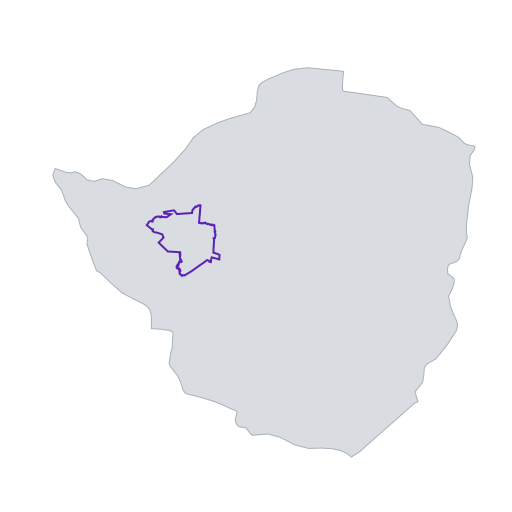 Lupane, Matabeleland North, Zimbabwe (highlighted), rotated 5°
{"feature_id": "62879985B9904230629136", "entity_name": "Lupane", "entity_type": "district", "adm_level": 2, "iso_a3": "ZWE", "parent_name": "Zimbabwe", "parent_adm1": "Matabeleland North", "projection": "orthographic", "projection_center": [27.928, -18.869], "detail": "fine", "context": "in_parent", "style": "outline", "palette": "violet", "viewbox_px": 512, "rotation_deg": 5, "n_neighbors": 0, "source": "geoboundaries", "source_scale": "gbopen_adm2", "svg_char_len": 7261}
<svg xmlns="http://www.w3.org/2000/svg" viewBox="0 0 512 512"><g transform="rotate(5 256 256)"><path d="M368.4,448.0L363.8,444.7L357.3,442.5L349.1,441.3L338.4,441.6L325.2,443.1L311.1,440.8L296.1,434.6L283.5,432.3L268.5,434.8L267.8,434.9L265.3,432.8L261.2,428.3L254.4,427.5L252.5,426.5L251.0,424.8L250.0,422.7L249.6,420.3L250.8,413.1L250.2,412.3L248.4,411.4L244.6,410.5L235.6,407.1L224.3,403.9L205.8,400.3L198.6,399.4L197.0,398.3L194.9,395.6L191.4,387.3L188.0,381.8L180.0,373.2L178.8,370.6L179.2,363.8L179.7,358.4L180.6,353.7L180.2,349.4L180.1,344.0L180.3,340.4L179.2,338.8L176.3,337.7L168.1,337.2L158.1,337.5L157.7,332.0L156.7,323.5L154.8,318.6L152.5,316.1L147.9,313.5L138.6,309.9L125.8,304.4L114.9,296.4L102.4,286.3L98.4,284.6L93.7,275.1L86.5,258.8L86.9,253.4L85.8,250.7L78.9,242.8L77.4,238.6L76.1,234.4L65.1,222.8L61.3,217.7L58.4,211.2L55.5,206.0L53.1,203.9L49.9,200.3L47.7,196.3L46.7,193.2L47.4,189.1L48.4,186.3L58.9,189.1L64.6,189.3L69.0,187.8L74.5,189.6L81.1,194.9L88.3,195.8L96.0,192.4L106.5,193.3L119.7,198.5L130.6,199.5L143.5,194.7L155.1,181.6L166.0,169.3L176.7,155.1L183.2,143.7L192.7,134.4L205.2,127.2L218.1,121.2L237.7,113.8L241.6,107.8L243.0,101.1L243.0,91.8L244.1,85.8L246.1,83.1L249.4,81.0L253.6,78.2L266.6,71.3L277.5,66.8L290.8,64.0L305.2,64.1L319.2,64.3L327.1,64.4L327.1,73.3L327.6,83.3L329.2,84.3L339.6,84.7L356.4,85.7L372.6,86.6L382.8,94.1L386.2,95.7L396.9,97.9L410.4,110.4L426.8,111.9L438.0,116.0L447.9,120.4L453.5,125.5L457.2,126.8L462.2,127.3L464.6,127.8L464.0,131.4L460.5,137.4L460.7,146.2L465.0,158.4L465.3,168.9L463.4,187.5L463.0,205.5L463.3,211.9L463.9,216.2L464.8,218.5L464.6,221.2L461.7,228.7L459.3,236.5L459.1,239.7L458.2,241.9L456.5,243.9L449.3,247.4L448.1,249.6L448.0,253.7L448.8,257.2L451.4,258.5L454.6,260.6L455.7,263.2L455.7,265.9L454.5,270.9L451.4,279.2L454.0,288.9L457.0,295.2L461.2,302.5L462.8,307.0L462.6,310.2L461.9,313.3L455.0,326.3L450.0,334.3L444.0,342.9L436.3,348.2L434.3,350.8L433.4,353.8L433.5,360.4L433.0,367.2L426.2,377.6L430.0,386.8L429.0,387.6L426.8,388.9L417.2,398.8L407.6,409.0L400.5,416.4L392.5,424.8L383.6,434.2L376.0,442.3L368.4,448.0Z" fill="#d9dde1" stroke="#a8b0b8" stroke-width="1"/><path d="M154.5,225.3L154.0,225.4L153.5,225.7L153.3,225.8L152.9,226.0L152.7,225.8L152.3,226.0L152.1,226.6L151.5,226.9L151.4,227.1L151.3,227.3L151.0,227.6L150.5,228.1L150.5,228.4L150.5,228.6L150.4,228.7L150.1,228.7L149.9,229.0L149.8,229.4L150.0,229.7L150.1,229.9L150.1,230.0L149.9,230.2L149.9,230.5L149.6,230.4L149.5,230.5L149.3,230.4L149.2,230.5L148.9,230.3L148.7,230.5L148.5,230.4L148.3,230.4L148.1,230.4L146.6,231.0L144.5,234.8L150.2,238.6L151.1,238.5L150.9,240.2L152.4,241.1L155.7,241.4L158.2,242.0L160.7,242.6L162.3,245.7L157.9,251.2L167.8,259.2L170.8,259.1L174.2,259.0L180.7,258.8L180.4,258.9L180.4,259.2L180.3,259.3L180.2,259.2L180.0,259.6L179.9,259.7L179.9,259.4L179.5,259.3L179.3,259.4L179.3,259.5L179.9,260.1L180.0,260.3L180.1,260.6L180.0,260.8L180.5,261.0L180.5,261.9L180.5,262.2L180.1,262.7L180.1,262.8L180.4,262.9L180.4,263.1L180.2,263.3L180.4,263.8L180.4,264.2L180.6,265.0L181.0,265.3L181.1,265.6L181.1,265.8L180.9,266.0L181.0,266.1L181.5,266.3L181.6,266.8L182.0,267.2L182.1,267.5L182.4,267.8L182.5,267.9L182.4,268.2L182.3,268.4L181.8,268.1L181.4,268.0L181.2,268.0L180.8,268.2L180.7,267.8L180.4,267.8L180.1,268.1L180.1,268.4L180.4,268.9L180.3,269.2L180.3,269.4L180.0,269.8L179.8,269.7L179.6,269.7L179.5,270.1L179.7,270.4L179.7,270.5L179.4,270.5L179.3,271.2L179.4,271.5L179.1,271.5L178.9,271.4L178.7,271.5L178.6,271.9L178.8,271.8L179.0,271.8L179.1,272.0L178.9,272.2L178.8,272.3L178.6,272.2L178.6,272.3L178.5,272.6L178.8,272.5L179.0,272.6L179.1,272.9L179.0,273.0L178.9,273.0L178.4,272.8L178.3,272.5L178.2,272.6L178.0,272.9L178.4,273.3L178.6,273.4L178.7,273.6L178.6,273.8L178.4,273.9L178.2,273.9L177.9,273.8L177.8,274.0L178.0,274.3L178.3,274.3L178.4,274.5L178.2,274.8L178.3,275.0L178.9,274.9L179.1,275.1L179.3,275.4L179.5,275.5L179.7,275.4L179.9,275.0L180.0,275.0L180.3,275.0L180.1,275.6L179.9,275.7L179.9,275.8L180.1,276.0L180.5,275.8L180.8,275.8L181.2,276.1L181.6,276.2L181.7,276.3L181.8,276.5L181.7,276.6L181.4,276.5L181.2,276.5L181.2,276.9L181.1,277.1L181.1,277.3L181.1,277.5L181.4,277.6L181.7,277.8L181.5,278.0L181.2,277.9L181.1,278.0L181.1,278.6L181.3,279.0L181.5,279.2L181.6,279.4L181.6,279.5L181.4,279.8L181.4,280.1L181.4,280.3L181.5,280.4L181.9,280.4L182.0,280.5L182.4,281.1L182.6,281.2L182.9,281.2L183.0,281.3L183.2,281.7L183.3,281.8L183.5,281.8L183.8,281.7L184.0,281.6L184.2,282.0L184.3,281.9L184.4,282.0L184.5,282.0L184.9,281.8L185.1,281.6L185.4,281.6L185.5,281.5L185.9,281.4L186.1,281.3L186.3,281.5L186.5,281.6L192.9,276.9L196.2,274.1L199.9,270.9L203.5,268.0L207.7,264.3L210.2,265.1L210.1,265.8L211.5,266.1L211.6,265.2L211.6,263.7L212.0,261.2L219.7,262.6L219.6,261.0L219.6,258.1L218.9,257.8L218.6,257.7L218.3,257.6L217.9,257.6L217.5,257.3L217.2,257.3L217.0,257.2L216.9,257.1L215.9,257.1L215.6,256.9L215.3,256.7L214.8,256.6L214.4,256.6L214.0,256.5L213.8,256.4L213.3,256.5L213.2,256.4L213.2,255.8L213.2,254.2L213.1,253.5L212.9,246.1L212.9,243.6L212.6,243.0L212.5,242.2L212.4,242.1L212.8,242.0L213.1,241.9L213.2,241.7L213.4,241.7L213.6,240.9L213.5,240.2L213.6,239.9L213.6,239.7L213.8,239.5L213.9,239.1L213.7,238.8L213.7,238.5L213.5,238.3L213.5,238.1L213.7,237.4L212.9,236.1L212.8,235.8L212.7,235.5L212.9,235.4L213.2,235.2L213.3,235.0L213.3,234.8L213.0,234.5L212.8,234.4L212.7,234.3L212.4,232.5L212.1,230.8L212.0,230.6L211.9,229.4L211.9,229.1L211.7,228.9L211.6,229.0L211.4,228.9L211.2,229.0L210.9,229.0L210.2,228.7L210.2,228.8L209.9,228.9L209.6,229.0L209.5,228.9L209.4,229.1L209.2,229.0L209.0,228.9L208.8,228.9L208.7,229.0L208.5,228.9L208.4,229.0L208.2,229.0L208.0,228.9L207.8,228.7L207.6,228.7L207.4,228.5L207.2,228.5L206.9,228.7L206.5,228.5L206.3,228.4L205.9,228.2L205.6,228.3L205.3,228.3L205.2,228.2L204.9,228.3L204.7,228.5L204.4,228.5L204.0,228.0L203.7,228.0L203.5,227.8L203.4,227.9L203.2,227.8L202.8,227.8L202.6,227.5L202.4,227.6L202.3,227.4L202.1,227.6L201.9,227.5L201.7,227.5L201.1,227.6L200.9,227.6L200.5,227.9L200.3,228.2L200.1,228.3L199.8,228.2L199.7,228.0L199.5,227.9L199.0,228.0L198.9,227.9L198.8,228.0L198.6,227.9L198.4,228.0L198.2,228.0L197.9,228.2L197.6,228.2L197.1,228.0L196.9,228.0L196.3,227.9L196.3,227.4L196.3,227.2L196.3,226.5L196.4,226.3L196.4,225.2L196.4,224.2L196.3,223.2L196.3,222.7L196.3,221.2L196.4,220.9L196.3,220.3L196.4,220.2L196.3,218.3L196.4,217.5L196.4,216.8L196.3,216.7L196.3,216.1L196.3,210.4L196.2,210.4L196.0,210.5L195.6,210.4L195.4,210.6L194.9,210.5L194.7,210.6L194.4,210.6L194.0,210.7L193.8,210.8L193.7,211.0L193.7,211.3L193.3,211.4L193.1,211.5L193.0,211.8L192.6,212.0L192.4,212.2L192.2,212.2L192.2,212.3L191.9,212.4L191.7,212.3L191.6,212.2L191.4,212.4L191.3,212.5L191.3,212.4L191.2,212.3L190.9,212.6L190.9,212.9L190.8,213.2L190.3,213.7L190.1,213.8L189.9,213.9L189.7,214.1L189.7,214.4L189.7,214.6L189.6,214.9L188.9,215.5L188.7,216.0L188.5,218.8L182.9,219.6L175.6,220.8L174.5,220.9L173.5,221.1L171.6,218.9L170.4,217.7L169.4,217.9L164.1,219.3L160.4,220.3L161.0,221.7L167.6,221.8L163.5,225.2L161.5,225.2L159.3,225.3L158.8,224.9L158.6,224.8L158.6,225.1L158.4,225.2L158.0,225.2L157.8,225.3L157.6,225.4L157.5,225.8L156.8,225.8L156.6,225.6L156.5,225.4L155.9,225.0L155.7,225.0L155.0,225.3L154.6,225.4L154.5,225.3Z" fill="none" stroke="#5b21b6" stroke-width="2"/></g></svg>